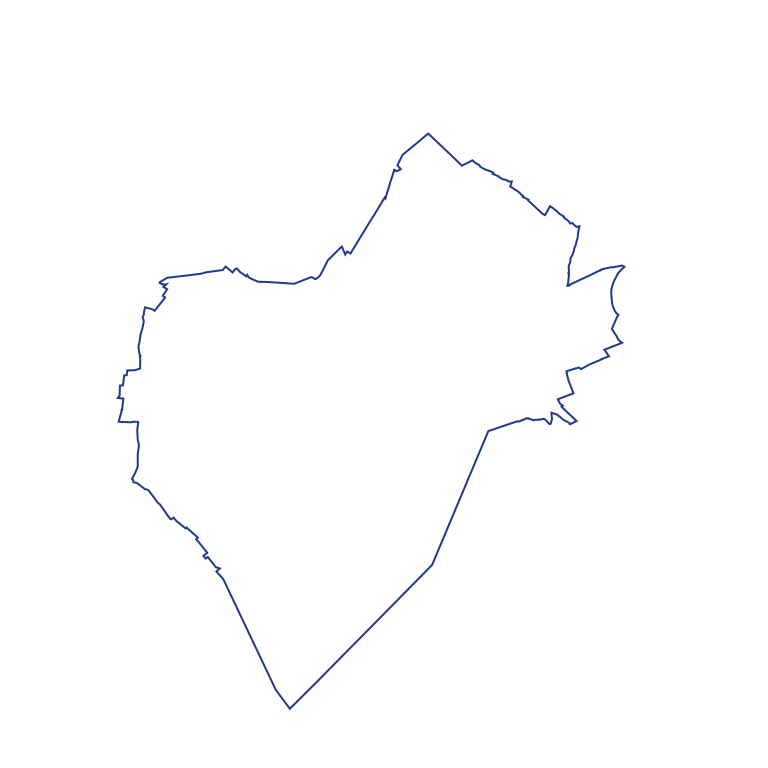 outline of Maashorst, Noord-Brabant, Netherlands, rotated 55°
{"feature_id": "6326949B62746426981431", "entity_name": "Maashorst", "entity_type": "district", "adm_level": 2, "iso_a3": "NLD", "parent_name": "Netherlands", "parent_adm1": "Noord-Brabant", "projection": "mercator", "projection_center": [5.647, 51.695], "detail": "fine", "context": "isolated", "style": "outline", "palette": "blue", "viewbox_px": 768, "rotation_deg": 55, "n_neighbors": 0, "source": "geoboundaries", "source_scale": "gbopen_adm2", "svg_char_len": 5961}
<svg xmlns="http://www.w3.org/2000/svg" viewBox="0 0 768 768"><g transform="rotate(55 384 384)"><path d="M596.0,647.4L589.7,611.1L586.3,592.6L586.2,592.1L582.8,573.5L577.5,544.4L561.8,459.2L559.7,448.2L548.1,429.8L482.4,325.5L491.1,295.9L491.9,295.5L492.0,295.3L492.1,295.1L492.5,293.6L492.5,293.0L492.8,291.8L493.2,291.4L493.0,290.7L493.3,290.2L493.4,289.7L493.4,289.2L493.7,288.6L493.7,288.4L493.5,287.8L493.5,287.6L493.9,287.3L494.1,286.6L494.5,286.2L494.6,285.6L494.8,285.4L495.0,285.3L495.5,285.3L496.7,284.4L497.1,283.9L497.5,283.7L497.9,283.3L498.2,283.1L499.1,282.7L499.5,282.4L499.7,282.2L499.8,281.8L499.8,281.2L500.0,280.6L500.1,280.4L501.1,279.3L501.2,279.1L501.7,278.2L501.8,277.7L502.3,277.3L502.5,276.7L502.8,276.4L503.3,275.3L503.5,274.9L503.5,274.5L504.0,273.5L504.7,272.7L505.0,272.5L505.7,272.4L506.5,272.2L509.5,271.8L510.1,271.6L511.0,271.6L511.3,271.5L512.0,271.2L512.2,270.7L512.2,270.4L512.1,270.2L509.2,266.6L508.9,266.4L504.5,263.9L503.6,263.3L508.0,259.9L516.3,257.5L523.1,254.1L523.4,254.8L523.8,254.6L524.8,247.5L504.7,251.6L504.1,251.5L504.0,251.0L504.0,250.6L504.2,250.1L502.1,250.7L501.3,250.9L500.4,251.0L499.3,250.9L496.2,250.4L500.3,234.2L493.5,232.4L488.0,231.2L480.4,228.4L480.5,228.1L478.2,227.2L478.8,225.5L479.4,223.4L479.5,223.4L481.2,217.9L481.4,217.9L481.7,216.9L482.2,214.9L484.8,214.1L485.7,206.0L485.6,205.6L488.5,192.2L488.3,192.2L490.3,183.8L482.3,183.8L483.5,178.9L485.4,171.4L486.8,165.4L485.9,165.8L483.9,166.3L482.5,166.5L481.7,166.5L480.3,166.4L479.5,166.2L478.3,166.0L471.8,165.9L469.5,165.6L465.0,158.3L462.4,154.0L461.9,152.3L458.9,153.0L456.5,153.0L453.6,152.4L451.2,151.8L448.9,150.9L443.8,148.1L441.8,146.9L439.9,145.7L437.8,144.2L436.1,142.5L434.5,140.7L432.8,138.3L431.3,136.0L429.9,133.1L429.1,131.8L428.1,129.8L427.3,127.7L426.9,126.0L426.4,123.4L425.9,119.9L423.3,121.2L422.7,122.9L420.2,128.4L420.2,128.6L419.7,129.5L419.0,130.4L418.4,131.6L416.6,135.8L414.9,139.7L414.9,140.0L415.1,140.2L415.3,140.6L415.3,140.8L415.0,140.7L414.9,140.4L414.6,143.0L414.2,145.5L413.7,148.9L412.7,155.2L411.5,161.6L409.2,174.9L409.4,175.0L409.6,175.9L408.9,177.4L405.9,174.4L402.2,171.2L400.0,169.4L399.9,169.4L399.2,168.9L399.2,169.0L399.3,169.5L399.0,169.5L398.3,168.7L398.1,168.1L394.8,166.1L393.5,165.1L392.9,164.6L391.7,162.6L390.7,161.3L387.9,158.9L387.7,158.5L387.5,158.1L386.8,156.3L386.6,156.0L386.0,155.1L385.7,155.1L385.5,154.8L385.4,154.3L384.3,152.6L383.9,152.1L382.5,150.8L381.5,149.6L380.9,148.5L379.9,147.0L377.8,144.7L377.1,143.9L375.7,141.9L370.0,136.9L368.7,135.4L366.9,133.4L366.7,133.7L366.9,134.1L366.8,134.4L366.1,135.2L366.0,135.9L365.6,136.2L364.9,136.5L359.9,137.5L359.7,138.7L359.6,139.0L359.3,139.4L358.6,139.5L357.7,139.4L357.3,139.4L356.6,139.4L354.3,140.0L352.4,140.7L350.6,141.3L350.1,141.1L349.9,140.6L346.9,141.9L345.8,142.5L345.2,142.7L341.7,143.3L340.8,143.5L338.5,144.3L337.1,144.6L334.8,145.5L333.5,146.1L336.0,150.9L338.0,155.2L335.3,156.6L316.2,160.6L315.9,159.9L310.9,162.6L310.6,163.1L310.4,163.0L309.6,162.2L308.4,162.6L304.1,163.6L302.6,164.0L300.7,164.9L294.6,167.3L291.4,163.1L291.0,163.9L290.4,164.6L290.0,165.2L289.2,166.1L287.9,166.3L287.4,166.6L286.3,167.4L285.9,167.7L284.5,169.3L283.7,169.7L282.7,170.0L280.8,171.0L280.5,170.9L279.9,170.9L279.5,171.1L277.5,172.4L276.5,172.9L274.3,174.4L273.9,173.4L270.7,174.8L267.6,177.1L266.5,177.9L265.6,178.3L263.5,179.6L260.9,180.6L259.9,180.4L259.4,180.4L255.1,182.4L251.5,183.3L249.9,194.9L220.0,200.9L204.2,204.1L205.8,222.6L206.9,237.2L212.4,247.5L217.7,247.1L217.3,250.1L217.0,251.3L216.7,251.7L216.7,251.9L215.0,252.4L215.1,252.7L214.5,252.9L218.9,258.4L218.8,258.5L232.8,276.4L231.6,276.4L240.8,297.1L240.8,297.5L257.9,336.7L254.3,338.2L255.7,341.5L247.3,339.7L247.3,340.3L247.8,343.4L249.8,355.0L250.4,358.3L250.5,359.1L258.1,373.3L258.4,374.3L258.9,377.2L258.9,379.5L258.7,379.6L258.7,379.8L258.6,380.2L258.4,380.4L258.1,380.6L255.4,381.6L255.0,382.0L254.3,383.9L250.4,400.0L232.7,422.1L228.0,428.5L222.2,432.1L219.2,433.6L216.2,433.4L216.9,435.1L212.0,436.8L210.0,437.7L209.8,437.6L205.0,438.3L204.8,438.8L204.5,439.8L205.8,444.1L204.0,444.5L201.5,445.2L200.8,445.3L196.9,446.5L198.2,450.7L195.3,456.2L190.6,465.4L189.6,467.9L189.3,469.1L187.9,472.2L183.3,480.8L181.8,483.7L172.6,500.7L172.0,509.3L172.5,509.5L172.6,509.8L175.1,508.5L174.9,508.3L176.1,507.3L176.7,506.8L177.4,505.2L178.0,509.0L179.1,508.5L182.0,507.3L184.9,514.6L186.6,514.0L187.6,513.7L192.5,529.9L190.8,530.5L190.2,530.8L189.0,531.6L184.2,535.7L186.8,538.8L187.4,539.4L188.0,539.9L188.7,540.3L188.9,540.5L189.2,540.7L189.9,541.8L190.6,543.1L191.4,543.7L193.7,544.2L195.7,545.6L196.3,546.2L197.3,547.3L199.4,549.5L201.6,552.2L202.5,553.3L203.1,554.2L203.6,554.7L208.5,559.4L209.9,560.7L212.0,563.2L212.6,563.7L216.0,565.5L219.3,567.1L221.4,567.3L221.6,568.5L223.0,568.9L224.9,570.2L229.6,573.6L231.3,574.8L231.4,575.0L231.0,575.9L230.5,578.2L230.1,579.2L229.8,580.1L229.3,580.9L227.5,583.8L225.6,586.3L229.2,589.7L227.9,591.8L235.4,598.7L233.8,601.2L241.9,607.2L242.7,610.0L246.5,605.9L251.7,610.5L254.4,613.0L254.5,613.3L254.7,613.1L254.9,613.4L254.9,613.5L262.7,623.0L262.8,622.9L265.5,619.5L269.3,614.5L269.9,613.8L271.5,610.5L272.0,609.6L272.4,609.1L273.0,608.4L274.3,607.2L279.6,612.0L280.9,613.0L287.6,617.2L288.1,617.5L293.2,619.6L294.0,620.2L299.6,625.3L300.9,626.4L310.2,633.0L311.0,633.9L311.3,634.4L313.8,638.3L317.2,644.8L318.0,644.6L319.5,644.8L320.7,645.6L323.0,643.6L323.5,643.2L325.3,642.5L329.9,641.1L332.9,640.1L335.0,638.3L337.2,637.7L337.9,637.7L339.0,637.8L344.9,637.5L349.3,637.5L351.7,637.3L354.1,636.7L363.1,636.6L365.5,636.6L367.5,636.6L372.2,636.4L372.6,636.1L372.7,635.9L372.9,633.9L372.9,632.9L373.0,632.9L376.1,632.8L377.9,632.4L388.3,629.4L388.5,629.3L388.3,628.1L403.1,624.6L403.5,626.9L408.2,626.4L420.9,625.6L421.2,630.5L424.6,630.3L424.8,630.2L424.6,627.6L437.7,626.8L437.9,626.6L440.9,624.3L441.5,628.8L450.8,627.7L452.4,627.7L572.6,648.1L596.0,647.4Z" fill="none" stroke="#1e3a8a" stroke-width="2"/></g></svg>